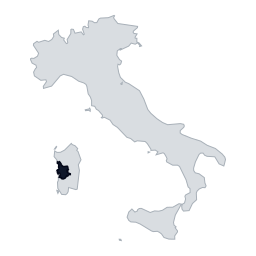 Oristrano highlighted on a map of Italy
{"feature_id": "ITA-5373", "entity_name": "Oristrano", "entity_type": "Province", "adm_level": 1, "iso_a3": "ITA", "parent_name": "Italy", "parent_adm1": "", "projection": "orthographic", "projection_center": [8.647, 40.028], "detail": "fine", "context": "in_parent", "style": "filled", "palette": "ink", "viewbox_px": 256, "rotation_deg": 0, "n_neighbors": 0, "source": "natural_earth", "source_scale": "10m", "svg_char_len": 5007}
<svg xmlns="http://www.w3.org/2000/svg" viewBox="0 0 256 256"><path d="M37.0,41.3L38.6,42.3L44.8,40.3L48.6,41.5L51.8,39.5L53.8,36.4L53.4,34.0L58.3,30.2L58.8,34.6L61.6,37.5L64.3,38.2L63.7,40.0L66.4,43.6L67.4,43.3L67.8,42.6L67.1,39.6L70.8,33.6L70.9,29.5L71.6,29.1L73.4,29.4L75.0,33.2L81.2,31.9L83.4,34.8L84.3,34.2L82.6,29.2L83.3,26.7L84.9,26.2L86.1,27.4L88.5,27.7L88.6,26.2L88.0,25.2L88.7,20.8L92.2,21.2L94.4,22.7L96.8,22.6L98.8,19.0L100.4,18.1L108.3,17.7L114.1,15.4L114.6,15.8L113.6,17.5L114.0,18.6L117.8,23.5L137.6,26.4L137.4,27.7L133.4,31.1L133.1,32.3L133.9,33.4L137.1,33.9L135.1,37.1L135.2,38.2L136.9,38.3L136.8,41.9L139.0,42.9L141.6,45.9L139.2,46.7L140.1,45.8L137.6,42.8L135.2,44.2L131.2,43.1L128.7,46.1L119.7,50.3L121.2,48.5L120.5,48.5L117.3,50.8L116.8,55.3L119.5,59.6L121.6,61.1L120.8,63.8L119.7,64.9L118.0,64.2L117.6,66.6L118.8,72.9L120.4,77.4L125.3,82.2L128.7,83.6L139.5,90.7L143.8,99.0L147.8,109.5L150.8,113.3L156.9,118.7L162.5,122.5L167.6,124.7L180.4,123.6L183.7,124.3L184.3,126.0L183.8,127.3L180.2,130.6L180.2,133.0L182.1,134.5L191.3,138.2L200.6,141.1L207.2,145.3L215.4,148.5L222.2,154.0L224.8,157.1L225.5,159.5L224.4,164.1L223.8,166.0L219.1,163.9L214.8,156.8L207.0,156.3L204.6,155.2L203.1,153.1L200.6,153.1L199.0,154.5L195.4,161.9L193.6,168.1L193.7,170.6L195.2,172.8L199.1,173.8L204.3,177.6L204.9,182.9L206.1,185.9L205.0,187.7L202.5,187.5L199.3,188.9L197.1,191.1L196.3,193.0L196.6,199.7L192.4,203.6L189.1,210.6L183.5,211.1L182.0,209.1L181.7,206.1L182.5,204.1L184.5,203.0L185.6,199.0L184.9,196.2L185.7,194.9L190.1,192.6L190.0,188.6L188.1,186.9L186.1,179.9L179.5,166.4L177.6,165.2L172.7,165.2L166.7,161.9L166.3,160.4L167.1,158.9L166.3,156.9L164.3,153.5L163.0,152.8L156.1,154.8L157.9,151.8L155.3,150.1L150.9,150.4L150.9,149.2L147.4,143.7L145.2,141.5L137.2,140.8L134.7,141.9L130.6,138.5L126.9,137.3L117.4,127.4L113.0,124.5L110.0,120.1L104.4,117.3L102.0,118.1L101.3,117.5L102.6,116.6L102.3,114.9L98.5,110.5L96.3,109.2L94.7,106.3L91.6,105.7L91.6,100.5L90.3,96.9L88.2,93.9L86.9,86.5L86.0,84.4L83.7,82.9L78.7,81.2L71.7,76.5L63.5,74.3L60.2,75.9L51.6,86.1L43.5,88.4L43.3,86.3L46.5,81.6L45.9,79.8L40.8,80.3L34.4,75.9L33.6,72.1L35.5,68.5L36.6,67.6L36.0,65.2L32.1,63.1L30.6,59.8L30.5,58.8L31.5,58.2L33.9,58.4L37.5,56.2L38.6,53.2L33.4,45.3L33.6,43.7L37.0,41.3ZM122.1,84.3L122.3,82.4L120.7,83.7L121.2,84.5L122.1,84.3ZM181.4,204.1L175.3,215.1L173.5,222.4L174.0,225.1L176.1,226.9L175.1,227.7L177.5,230.9L177.5,231.9L174.7,235.9L174.8,239.2L168.9,239.1L164.0,237.5L161.5,233.9L159.5,232.4L157.4,231.3L153.3,231.6L151.4,230.9L140.1,224.0L135.8,222.2L130.8,221.9L128.8,220.4L127.1,217.2L128.8,212.0L131.9,209.0L134.9,212.1L137.4,210.9L137.5,209.9L139.2,208.5L141.4,208.4L150.2,212.5L154.6,210.9L158.7,211.2L162.4,210.3L167.1,207.3L172.8,207.2L179.0,203.7L181.4,204.1ZM78.0,151.5L81.0,159.8L78.3,164.9L79.4,170.4L77.2,189.1L75.9,189.6L68.6,187.5L68.1,191.8L67.1,193.5L65.7,194.7L61.7,194.4L57.8,188.3L57.5,182.2L58.3,180.5L58.4,177.0L59.9,176.8L60.0,174.4L59.2,173.1L57.7,172.7L57.7,170.1L58.7,168.0L58.8,164.5L56.8,159.9L54.1,156.6L54.7,150.9L57.0,152.4L60.4,152.3L64.6,150.1L71.3,143.4L72.2,144.6L75.0,145.7L77.7,148.6L76.7,150.4L78.0,151.5ZM89.7,108.1L90.3,109.5L90.2,111.3L88.8,110.3L85.5,110.7L85.2,109.8L89.1,108.9L89.7,108.1ZM58.8,191.3L57.9,193.4L56.8,190.6L56.9,190.2L58.8,191.3ZM56.7,146.8L55.2,149.1L54.4,149.1L56.3,146.4L56.7,146.8ZM121.3,240.6L119.4,240.2L119.2,239.2L120.8,239.3L121.3,240.6ZM149.6,152.1L148.1,152.9L148.1,151.7L149.6,152.1Z" fill="#d9dde1" stroke="#a8b0b8" stroke-width="1"/><path d="M60.0,177.5L60.3,177.4L59.5,177.2L59.3,177.0L59.3,176.6L59.6,176.2L59.8,175.9L60.0,175.6L59.9,175.6L59.8,175.8L59.7,175.9L59.6,176.0L59.7,175.9L59.9,175.5L60.0,175.1L60.1,174.8L60.2,174.1L60.1,173.9L60.0,173.5L59.6,173.1L59.1,172.8L58.6,172.8L58.1,173.1L58.3,173.2L58.5,173.1L58.4,173.2L58.3,173.4L58.1,174.0L58.0,173.8L58.2,173.6L58.1,173.4L57.9,173.2L57.6,173.0L57.5,172.8L57.4,172.6L57.5,172.5L57.5,172.4L57.6,172.2L57.4,171.4L57.5,171.1L57.7,170.7L57.7,170.4L57.5,170.1L57.2,170.2L57.3,170.0L57.6,169.8L58.1,169.8L58.4,169.7L58.6,169.6L58.9,169.3L59.0,168.9L59.1,168.6L59.0,168.3L58.7,167.7L58.6,167.3L58.6,166.2L58.8,165.2L58.8,164.5L58.6,164.0L58.3,163.6L57.8,163.3L57.7,163.5L57.3,163.2L57.3,162.8L57.4,161.9L57.7,162.1L58.1,162.2L58.4,162.2L58.8,162.0L59.1,161.7L59.3,161.6L59.7,161.9L60.4,162.7L60.7,163.3L60.8,163.5L61.1,163.8L61.1,164.2L61.1,164.3L61.2,164.9L61.4,165.0L61.9,165.3L62.1,165.5L62.1,166.0L62.4,166.3L63.0,166.3L63.7,166.6L67.0,166.2L67.3,166.2L67.5,166.3L67.6,166.5L67.9,167.7L67.9,168.3L68.1,168.9L68.3,169.4L68.4,169.5L68.0,170.1L67.4,169.7L66.9,170.2L66.9,170.9L67.7,171.1L67.8,171.3L67.4,172.4L67.7,172.7L68.2,172.9L69.0,173.3L69.9,173.6L70.2,173.8L70.3,173.8L70.3,174.6L70.2,174.6L69.3,174.6L68.7,174.9L68.1,175.4L67.7,176.1L67.3,175.8L66.7,175.6L65.8,177.3L65.3,177.9L65.0,178.2L63.5,178.9L63.3,178.9L62.8,178.8L62.2,178.9L61.9,178.8L61.4,178.3L61.2,178.1L61.0,177.8L61.0,177.7L60.7,177.6L60.3,177.6L60.0,177.5Z" fill="#0f172a" stroke="#020617" stroke-width="1.5"/></svg>